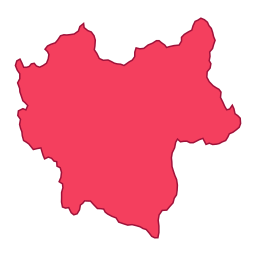 the district of Viçosa, Minas Gerais, Brazil
{"feature_id": "56859067B7255025326359", "entity_name": "Viçosa", "entity_type": "district", "adm_level": 2, "iso_a3": "BRA", "parent_name": "Brazil", "parent_adm1": "Minas Gerais", "projection": "equal_earth", "projection_center": [-42.883, -20.747], "detail": "fine", "context": "isolated", "style": "filled", "palette": "rose", "viewbox_px": 256, "rotation_deg": 0, "n_neighbors": 0, "source": "geoboundaries", "source_scale": "gbopen_adm2", "svg_char_len": 2612}
<svg xmlns="http://www.w3.org/2000/svg" viewBox="0 0 256 256"><path d="M239.2,127.3L240.6,123.5L240.2,118.2L237.8,115.7L235.0,113.7L233.9,108.7L232.3,105.2L229.6,109.1L226.7,109.8L224.7,106.4L222.8,102.1L220.5,97.5L221.0,92.1L218.9,89.3L216.2,87.8L213.0,85.7L209.2,81.7L206.8,77.2L207.2,71.7L210.1,68.1L210.9,63.7L209.2,60.7L210.0,56.4L209.7,51.9L212.5,48.6L213.6,44.6L215.1,40.3L213.6,36.7L212.6,32.3L211.3,28.4L208.9,25.6L207.4,22.2L204.4,19.7L200.9,18.2L198.0,20.1L195.1,21.4L193.1,25.6L191.8,30.1L188.2,32.0L184.3,34.4L181.5,37.3L181.5,41.1L179.1,45.1L173.9,45.6L169.5,46.6L166.6,47.5L164.7,45.0L161.3,42.6L159.1,40.7L156.4,40.7L152.5,43.2L148.1,45.0L143.8,48.4L139.9,48.8L136.1,47.9L134.8,52.1L134.7,56.7L132.3,60.1L129.1,61.9L126.6,63.7L124.0,65.5L120.6,64.2L117.2,63.9L114.4,63.2L111.6,61.7L108.1,60.0L103.2,60.3L99.3,58.5L96.8,53.4L94.3,49.8L94.9,46.0L95.3,40.1L94.0,35.7L91.3,32.0L87.8,30.6L84.1,27.6L83.6,23.5L79.9,26.5L78.4,31.0L74.2,34.0L70.3,34.6L66.8,35.0L63.8,34.8L60.5,35.8L57.6,40.1L55.3,42.8L50.9,44.3L47.5,46.0L45.0,49.2L47.5,51.6L48.9,54.5L48.2,59.0L46.5,63.2L43.1,65.5L39.6,67.2L36.4,66.0L34.2,63.3L31.3,63.9L29.3,66.4L26.7,67.3L23.7,67.3L21.9,63.0L20.0,59.1L16.8,60.9L15.4,65.5L17.2,70.0L19.8,73.8L19.8,78.7L17.6,82.9L19.6,88.3L19.9,91.9L21.4,96.3L22.9,100.8L25.1,102.7L27.8,105.6L25.9,109.9L22.9,108.7L18.4,110.9L17.8,115.5L20.5,119.3L19.6,124.4L20.6,128.4L21.9,131.8L22.3,135.8L23.6,140.5L26.4,142.2L28.8,143.9L31.4,147.1L33.3,149.5L37.0,148.6L40.9,147.9L42.0,151.7L43.1,155.3L44.6,158.9L48.3,157.1L51.6,158.3L54.0,161.1L56.7,161.7L57.0,166.2L60.2,167.7L61.5,172.3L60.9,177.5L59.1,181.7L62.5,183.8L62.9,187.7L61.6,192.5L61.6,197.9L61.5,202.0L62.5,207.0L65.5,208.1L68.7,207.6L71.2,212.7L73.8,214.8L77.1,213.8L79.5,209.8L80.4,205.0L82.7,203.3L84.6,200.9L87.3,201.0L90.5,201.1L93.9,204.9L97.4,208.5L100.9,208.7L103.7,209.1L105.2,212.1L107.6,214.0L111.9,216.3L116.1,217.9L118.7,222.1L123.6,223.8L127.7,225.1L132.1,224.6L136.5,225.7L140.2,226.8L143.0,228.5L146.2,229.5L149.2,233.0L151.7,236.3L154.7,237.8L157.9,237.7L158.9,232.5L158.9,226.1L158.2,220.3L159.1,214.9L162.2,210.4L166.8,210.1L169.5,206.8L173.0,202.9L174.2,198.3L176.5,194.9L177.1,190.4L177.4,185.1L176.6,179.6L174.8,175.4L173.2,170.6L172.0,166.5L171.8,161.8L171.4,157.8L172.2,152.8L174.6,147.8L175.7,142.2L177.5,139.1L180.5,141.8L183.6,141.3L186.9,141.2L190.0,142.7L193.3,142.7L196.1,141.3L199.4,139.6L202.9,138.4L204.4,141.3L206.0,144.4L209.3,143.2L212.7,144.5L216.8,144.1L219.3,143.5L222.0,142.0L225.7,140.5L227.8,137.1L229.3,133.8L233.0,132.2L236.5,129.6L239.2,127.3Z" fill="#f43f5e" stroke="#9f1239" stroke-width="1.5"/></svg>